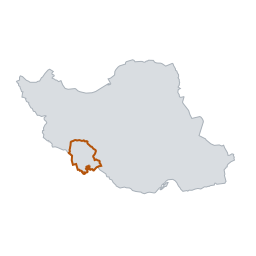 where Khuzestan sits in Iran, rotated 344°
{"feature_id": "IRN-3219", "entity_name": "Khuzestan", "entity_type": "Province", "adm_level": 1, "iso_a3": "IRN", "parent_name": "Iran", "parent_adm1": "", "projection": "albers", "projection_center": [48.994, 31.501], "detail": "medium", "context": "in_parent", "style": "outline", "palette": "amber", "viewbox_px": 256, "rotation_deg": 344, "n_neighbors": 0, "source": "natural_earth", "source_scale": "10m", "svg_char_len": 5186}
<svg xmlns="http://www.w3.org/2000/svg" viewBox="0 0 256 256"><g transform="rotate(344 128 128)"><path d="M122.4,75.3L124.9,75.3L129.4,73.5L129.8,73.2L131.0,70.0L132.5,68.5L135.2,66.7L136.9,66.0L143.2,65.8L143.6,64.6L144.6,63.8L151.3,63.7L152.4,64.6L153.0,66.3L158.7,67.5L159.9,67.9L161.4,69.1L162.6,69.4L164.0,68.7L164.9,69.0L166.4,68.5L171.0,70.0L171.7,72.0L172.6,72.8L173.7,73.5L177.3,74.7L178.4,75.5L181.3,78.9L188.4,78.1L189.0,78.8L189.0,80.4L189.9,84.1L189.6,85.6L190.6,86.7L190.7,89.0L191.3,90.6L190.7,93.0L189.9,93.5L190.6,95.5L190.1,97.5L190.3,98.3L189.3,100.0L189.3,100.7L187.4,102.4L189.2,104.5L186.9,104.9L185.7,107.4L186.4,110.2L186.1,111.7L186.4,112.5L187.1,113.1L190.3,113.3L190.4,113.6L187.5,118.2L187.8,119.7L191.1,127.9L191.2,132.1L192.0,136.4L200.2,136.8L201.2,137.8L202.1,140.1L202.3,141.9L202.1,142.9L194.2,154.9L199.5,159.8L199.8,161.0L203.2,166.0L206.2,168.5L211.0,169.4L213.3,171.2L215.2,170.9L215.4,173.6L216.8,179.2L216.6,181.9L218.3,182.2L220.7,181.5L221.7,181.9L222.3,182.7L221.7,183.3L222.1,185.5L221.5,186.1L221.5,188.2L217.8,188.8L214.4,190.2L213.2,191.1L212.6,192.7L211.5,192.7L211.2,193.3L208.8,194.7L208.4,199.1L207.6,200.2L207.5,206.4L207.0,206.6L205.9,207.8L197.9,206.6L197.0,205.2L196.2,205.0L195.2,206.6L191.3,206.1L190.0,206.5L189.1,206.2L187.1,206.3L185.3,205.6L181.2,206.7L178.5,205.4L175.7,205.2L172.4,205.5L169.6,204.6L168.1,205.2L167.4,204.4L163.3,204.0L161.8,201.3L161.6,200.0L160.5,197.6L159.9,194.2L158.8,191.7L156.9,189.7L152.2,188.8L149.8,189.6L148.1,190.9L145.2,191.8L143.1,194.3L141.7,194.2L136.5,197.6L135.3,197.7L131.2,195.7L129.3,195.4L125.7,195.7L123.6,194.3L123.0,193.3L118.1,191.2L115.1,189.3L114.2,187.4L112.8,186.0L109.9,185.0L108.3,183.8L103.8,183.5L100.7,180.5L100.6,179.5L98.7,176.2L98.3,173.8L97.9,173.2L96.4,172.2L96.1,171.6L96.4,170.0L94.4,169.1L94.1,168.4L94.1,166.0L89.3,160.4L88.3,157.3L87.4,157.1L83.3,159.2L82.0,158.1L78.3,156.1L77.8,155.3L78.7,154.9L79.7,155.3L80.2,154.9L80.0,154.2L79.1,153.8L77.8,153.8L78.2,154.5L77.0,155.1L76.7,155.8L77.0,158.2L76.5,158.9L74.6,159.2L73.3,160.0L72.2,159.1L71.9,157.4L71.2,156.3L70.2,155.9L69.5,154.8L68.2,154.2L68.2,148.3L65.0,148.1L65.0,143.6L66.5,139.1L63.5,135.1L62.2,131.9L61.4,131.4L59.8,131.4L54.6,127.1L52.8,126.0L50.3,125.6L50.0,124.2L50.7,122.6L49.6,120.4L49.2,119.8L48.2,119.5L48.3,118.2L47.0,118.2L44.6,114.5L43.9,113.9L45.3,111.2L44.4,108.9L45.1,107.0L46.3,107.2L46.8,104.6L49.1,102.1L51.1,101.0L51.4,100.3L51.0,98.8L49.8,97.0L50.0,95.6L50.4,94.8L52.5,94.1L52.6,93.8L51.7,93.2L48.0,93.1L46.1,91.3L44.3,90.8L43.3,86.9L43.0,86.4L42.2,86.2L41.6,85.5L41.4,82.9L40.2,81.8L39.3,77.9L39.3,77.0L39.6,76.2L37.7,74.5L37.5,71.9L38.0,71.4L35.7,69.5L34.7,69.3L34.6,69.0L36.3,65.2L37.0,64.3L35.7,63.7L35.7,61.7L35.4,60.1L35.6,58.6L34.8,57.4L34.6,56.8L35.0,55.1L34.1,54.2L33.7,52.4L37.0,52.0L37.7,49.3L38.9,48.2L40.8,49.6L43.5,54.2L45.2,55.5L46.5,57.1L52.6,58.8L53.9,58.3L56.0,58.5L58.7,55.8L59.9,55.5L63.1,52.8L67.0,50.3L68.9,49.9L71.8,53.1L70.1,54.1L69.8,54.9L70.0,55.7L71.3,56.5L71.5,57.4L71.0,57.9L69.3,58.3L68.8,59.2L70.7,60.7L71.6,62.0L72.6,62.3L74.1,64.3L76.6,64.0L77.1,68.7L78.5,72.7L81.2,74.3L88.0,75.5L88.8,76.3L90.0,78.4L91.8,79.9L97.2,82.9L103.1,84.2L107.0,84.0L121.2,80.0L122.6,80.0L120.5,80.9L121.3,81.3L123.1,81.2L123.6,80.8L123.6,80.3L122.4,75.3ZM150.7,192.1L149.9,193.5L148.5,194.7L147.4,194.4L143.2,196.4L142.1,196.3L141.9,195.8L146.5,193.6L146.7,193.1L146.3,192.1L147.9,192.4L149.5,191.4L150.9,191.1L151.6,191.7L150.7,192.1Z" fill="#d9dde1" stroke="#a8b0b8" stroke-width="1"/><path d="M70.2,155.9L69.9,155.8L69.7,154.9L69.4,154.5L68.2,154.3L68.2,148.3L64.9,148.2L65.0,143.5L66.6,139.2L66.4,138.8L65.9,138.3L65.8,137.9L65.5,137.7L65.0,136.6L64.5,136.3L64.2,135.6L65.4,134.9L65.8,134.3L65.7,133.0L66.4,132.0L67.3,130.0L67.8,129.2L69.1,125.8L69.7,125.4L72.0,125.3L72.7,125.1L73.7,125.0L74.7,125.3L75.2,125.8L75.8,126.0L77.9,126.2L80.1,127.7L81.4,127.8L82.1,127.7L82.6,128.8L83.1,129.1L83.9,129.0L84.9,129.4L85.3,129.9L85.1,130.2L84.8,131.1L85.0,132.1L86.5,134.4L86.8,135.2L87.4,135.8L87.9,135.9L88.1,136.1L88.8,138.0L89.1,138.5L90.6,140.1L90.8,140.7L90.8,141.3L89.3,143.5L88.2,144.5L87.1,145.1L86.9,145.4L86.7,145.8L86.7,146.5L87.2,148.1L87.2,148.5L87.0,149.4L87.1,149.7L88.8,149.5L89.9,150.7L91.4,151.6L91.6,152.2L91.1,153.5L91.1,154.1L91.4,154.5L91.6,155.2L91.8,157.0L90.3,156.9L89.7,156.7L88.7,156.8L88.1,157.2L87.5,157.0L87.1,157.1L86.8,157.2L83.7,159.2L83.4,159.4L83.0,159.3L82.8,158.9L82.7,158.2L82.5,157.8L82.0,157.6L81.6,157.7L81.2,157.6L80.2,157.8L80.1,157.7L80.1,157.2L79.9,157.0L80.0,156.6L79.9,156.5L79.7,156.9L79.4,157.0L79.0,156.7L78.6,156.6L78.0,156.2L77.6,155.5L77.0,155.2L77.3,155.0L77.9,155.1L78.4,154.9L79.5,155.3L79.8,155.6L80.3,154.8L80.4,154.5L80.0,154.4L79.9,153.8L79.4,154.2L79.5,153.9L79.4,153.8L79.1,153.9L78.9,153.7L78.7,153.8L77.6,153.7L77.3,153.9L77.3,154.1L77.8,154.3L78.1,154.5L78.0,154.9L77.2,154.8L76.6,155.3L76.5,155.6L76.4,156.0L76.5,156.2L77.0,156.7L77.2,157.2L77.2,157.7L77.1,158.2L77.1,158.9L76.8,159.2L76.6,159.3L74.9,159.2L74.3,158.9L74.4,159.7L74.0,160.0L73.3,160.0L73.3,159.9L73.2,160.0L72.5,159.6L72.1,158.6L71.7,157.9L72.0,157.5L72.0,157.1L70.9,155.9L70.2,155.9Z" fill="none" stroke="#b45309" stroke-width="2"/></g></svg>